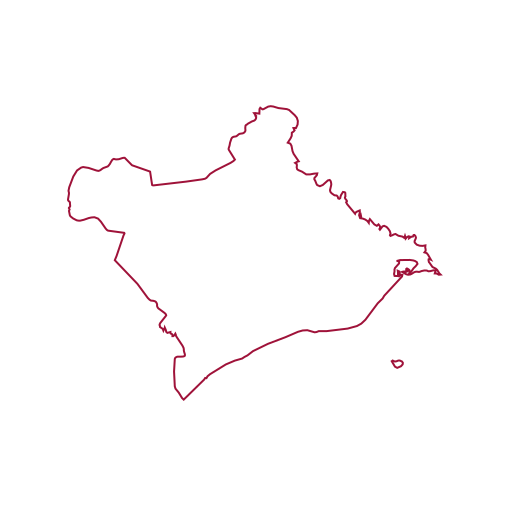 map outline of Atlántico Norte (Robinson projection), rotated 54°
{"feature_id": "NIC-657", "entity_name": "Atlántico Norte", "entity_type": "Autonomous Region", "adm_level": 1, "iso_a3": "NIC", "parent_name": "Nicaragua", "parent_adm1": "", "projection": "robinson", "projection_center": [-84.139, 14.031], "detail": "fine", "context": "isolated", "style": "outline", "palette": "rose", "viewbox_px": 512, "rotation_deg": 54, "n_neighbors": 0, "source": "natural_earth", "source_scale": "10m", "svg_char_len": 5764}
<svg xmlns="http://www.w3.org/2000/svg" viewBox="0 0 512 512"><g transform="rotate(54 256 256)"><path d="M139.3,173.6L140.0,172.5L142.8,169.6L139.2,166.8L138.6,165.4L140.5,164.8L141.2,164.5L141.6,163.6L142.3,158.3L143.4,156.1L145.1,154.3L145.3,154.1L147.3,152.6L149.5,150.9L155.3,144.7L157.3,143.4L164.8,141.9L168.1,141.7L171.4,142.8L174.1,145.1L176.0,148.5L175.6,148.9L174.6,150.3L174.5,150.5L177.0,150.9L177.4,152.6L177.3,154.5L179.8,156.5L181.1,158.8L183.0,163.7L185.3,162.2L187.7,162.5L192.6,164.8L195.4,165.5L204.5,165.8L204.1,166.8L203.7,169.6L205.6,169.0L206.9,169.8L208.2,171.0L210.1,171.7L211.5,171.2L214.8,169.2L219.5,167.4L221.8,164.2L223.5,160.6L225.2,157.9L226.4,159.3L227.3,163.0L228.2,163.7L230.1,163.9L233.2,164.7L234.6,164.8L237.1,163.3L237.8,160.2L237.1,153.4L237.8,151.7L239.4,151.6L241.1,152.3L242.3,153.0L243.2,153.9L246.2,157.4L247.7,158.1L249.6,158.0L252.6,157.0L253.4,156.5L253.9,155.8L254.5,155.2L255.6,155.0L256.7,155.2L257.3,155.5L257.8,155.6L258.7,155.0L258.7,153.9L257.6,152.7L256.7,151.4L255.3,148.0L256.6,146.7L257.5,146.7L260.4,148.7L260.7,149.4L261.2,149.9L262.5,150.1L264.6,150.0L265.3,150.4L265.5,151.5L267.7,151.8L280.1,151.0L279.4,149.9L279.4,148.5L280.1,145.3L281.6,146.2L283.6,148.6L285.2,149.1L285.0,148.5L284.4,147.1L285.3,147.5L285.8,147.7L286.3,148.1L287.0,149.1L288.5,147.6L290.7,146.2L293.2,145.3L295.5,145.3L294.6,144.5L293.9,143.8L293.1,142.2L300.0,141.7L302.6,140.5L302.4,138.3L304.0,138.2L305.3,138.4L306.2,139.1L306.7,140.3L307.6,140.3L306.4,136.2L306.9,134.6L309.2,133.3L311.7,133.0L314.5,133.1L316.8,133.9L317.9,135.4L318.8,135.4L319.3,133.6L319.6,131.7L320.2,130.2L323.3,128.9L326.4,126.1L328.2,125.5L327.9,125.0L327.6,124.0L327.3,123.6L329.2,124.2L329.9,124.6L329.5,122.6L329.7,121.0L330.4,120.4L331.6,121.6L331.7,119.4L331.9,118.6L332.5,117.6L331.7,116.2L332.1,115.5L333.4,115.3L335.0,115.7L335.7,116.4L337.2,119.0L338.4,119.7L341.3,119.3L343.8,117.6L345.8,115.2L347.0,112.7L348.6,114.1L350.2,114.8L351.5,115.7L352.1,117.6L354.0,116.2L356.2,116.1L361.7,116.7L360.2,117.5L360.1,118.3L361.0,119.0L362.6,119.7L363.1,119.6L368.6,119.7L371.9,118.0L373.7,117.6L377.9,117.9L379.5,117.6L378.6,119.1L376.3,120.2L375.2,121.6L373.4,119.2L371.9,120.8L370.7,123.9L369.7,125.5L368.1,126.4L366.6,128.4L365.5,130.9L365.0,132.8L364.7,133.5L363.1,135.2L362.5,136.3L362.1,137.6L361.9,140.7L361.6,142.1L360.6,143.9L359.1,145.2L354.8,147.1L355.1,146.2L355.4,145.6L356.5,144.2L356.5,145.2L356.9,144.4L357.1,143.8L357.3,143.1L357.3,142.1L356.3,142.8L355.9,142.9L354.8,142.1L354.8,141.2L356.3,140.5L357.7,140.2L358.9,140.8L359.9,142.1L359.8,139.4L358.5,135.7L358.1,132.8L357.3,130.0L355.5,129.5L353.5,130.3L352.0,131.4L349.6,133.9L344.0,141.8L342.7,145.2L343.9,143.8L344.4,143.2L346.1,144.7L347.4,150.6L348.3,151.9L349.9,153.0L351.7,154.9L353.6,155.6L355.6,153.0L354.6,152.1L352.3,150.5L351.3,150.0L352.7,149.2L354.1,149.6L355.5,151.0L356.5,153.0L356.4,149.7L357.3,148.7L358.4,149.9L363.4,175.0L363.6,175.8L364.8,178.5L365.8,185.3L371.9,205.0L372.6,210.6L372.0,215.5L368.6,224.5L358.2,243.2L353.7,249.3L353.1,251.7L352.2,253.4L346.2,258.1L343.7,262.0L342.0,266.6L339.0,279.9L334.1,297.9L331.2,314.3L331.4,321.3L330.9,324.7L330.8,327.5L328.2,334.6L326.0,344.1L324.6,362.5L324.8,365.9L325.7,367.9L324.8,368.8L325.5,370.6L329.7,398.9L327.4,399.3L321.1,398.8L316.0,399.1L313.7,398.3L301.3,390.2L291.9,382.5L291.3,381.9L291.0,381.3L290.9,380.6L291.0,379.7L291.2,378.9L291.7,378.1L294.0,374.9L294.5,374.0L294.8,373.2L294.9,372.4L294.4,371.7L293.4,371.2L291.3,370.5L290.0,369.9L289.0,369.2L287.7,368.6L285.3,368.2L275.1,367.8L273.2,367.6L272.7,367.2L271.4,366.9L272.1,368.6L272.2,370.0L271.7,370.7L270.6,369.9L269.7,369.9L268.6,370.6L268.0,370.5L267.2,369.9L266.1,372.9L264.6,373.2L262.7,372.4L260.3,371.9L261.0,372.7L261.6,374.1L262.0,374.8L260.1,374.3L257.0,375.4L256.0,374.8L255.1,374.6L254.4,373.7L253.9,372.7L251.5,364.2L251.2,363.5L250.2,363.2L248.5,363.4L240.9,365.8L239.7,365.8L238.2,365.4L237.4,364.7L236.6,364.3L235.9,364.1L235.0,364.0L234.1,364.0L233.2,364.4L231.9,365.4L230.3,367.2L228.8,367.8L226.3,368.2L208.8,368.3L176.4,372.7L174.1,368.9L161.5,351.1L160.8,349.7L160.4,349.1L159.8,349.0L148.5,360.8L147.3,361.3L145.4,361.5L137.1,361.3L132.9,361.8L129.7,363.9L128.1,366.5L127.0,369.0L125.5,374.0L124.0,377.6L122.9,379.0L121.7,380.1L118.1,381.9L114.8,382.8L113.5,382.6L109.6,380.8L108.7,379.4L107.2,379.2L107.0,378.9L106.8,377.6L106.6,377.2L106.1,376.8L104.4,375.8L103.4,375.1L102.9,375.0L102.5,374.9L101.8,375.2L101.1,375.3L100.7,375.2L100.3,375.2L100.0,375.0L99.7,374.8L96.1,371.1L95.4,370.5L94.8,370.1L93.1,369.4L90.6,366.7L84.3,357.1L81.6,350.5L81.7,345.5L82.4,343.6L86.3,339.7L93.1,334.8L94.5,333.5L94.9,332.4L95.1,331.1L95.0,330.4L95.1,327.8L96.4,323.3L96.2,322.0L95.6,320.0L94.8,318.4L93.8,316.0L93.7,314.7L93.9,313.9L95.2,312.9L96.1,311.7L97.1,310.0L98.2,306.6L98.8,305.3L99.4,304.5L109.5,303.0L109.8,302.9L125.1,292.3L125.5,292.1L137.5,298.3L138.1,298.0L138.7,297.3L154.7,268.9L162.3,254.6L163.5,251.9L163.7,250.2L162.6,244.9L163.0,238.3L165.7,221.9L165.9,218.4L165.6,216.4L154.4,215.6L153.5,215.4L152.9,214.9L151.1,212.5L149.0,210.3L146.6,206.9L146.2,205.9L146.2,204.9L146.4,204.0L147.4,202.0L147.6,201.3L147.4,198.2L147.6,197.3L149.0,194.6L149.2,193.2L149.0,192.1L148.6,191.2L148.0,190.6L146.2,189.5L144.5,188.0L144.3,187.7L144.2,187.2L144.3,185.9L144.2,184.7L144.3,183.8L144.5,182.3L144.6,181.7L144.6,180.8L144.8,180.0L145.4,177.9L145.4,177.0L145.2,176.1L144.9,175.5L144.6,175.0L144.2,174.6L143.9,174.4L143.0,174.2L142.4,174.1L142.5,173.6L139.3,173.6ZM425.1,201.1L427.2,199.9L428.8,200.0L429.9,201.1L430.4,203.5L429.5,207.5L427.2,208.6L420.6,208.0L420.0,207.9L420.5,207.9L420.9,207.8L421.0,207.5L420.9,206.9L423.0,205.7L423.8,204.1L424.2,202.4L425.1,201.1Z" fill="none" stroke="#9f1239" stroke-width="2"/></g></svg>